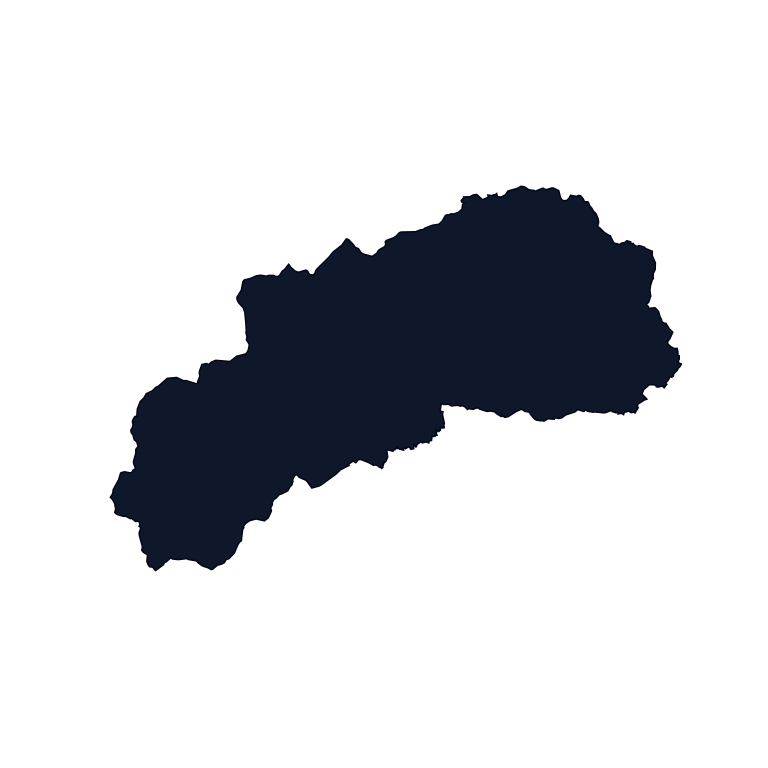 the district of Bistrita Bargaului, Bistrita-Nasaud, Romania, rotated 146°
{"feature_id": "2599482B60435761683359", "entity_name": "Bistrita Bargaului", "entity_type": "district", "adm_level": 2, "iso_a3": "ROU", "parent_name": "Romania", "parent_adm1": "Bistrita-Nasaud", "projection": "albers", "projection_center": [24.898, 47.159], "detail": "fine", "context": "isolated", "style": "filled", "palette": "ink", "viewbox_px": 768, "rotation_deg": 146, "n_neighbors": 0, "source": "geoboundaries", "source_scale": "gbopen_adm2", "svg_char_len": 6155}
<svg xmlns="http://www.w3.org/2000/svg" viewBox="0 0 768 768"><g transform="rotate(146 384 384)"><path d="M459.1,532.5L458.1,525.9L459.3,521.3L464.5,511.7L468.5,505.0L469.5,504.2L471.2,499.8L473.4,497.5L473.5,492.5L474.6,490.9L477.9,487.8L480.6,486.4L482.8,486.6L490.6,489.4L499.1,488.8L510.2,497.7L514.8,498.7L518.2,498.1L520.0,500.4L524.1,502.0L529.4,498.1L530.7,496.9L532.4,493.4L537.1,490.2L537.8,488.5L538.3,488.6L540.0,489.8L546.1,497.5L548.3,498.7L552.3,505.4L560.5,509.9L571.8,508.4L575.2,508.8L579.9,507.9L586.5,508.9L590.9,506.7L595.9,505.8L602.5,501.2L607.0,495.5L608.7,496.4L611.9,494.9L613.6,493.6L614.8,490.6L617.4,488.3L619.5,487.5L620.3,486.2L620.8,484.7L620.6,482.4L622.2,477.4L621.4,474.2L622.7,469.8L626.2,468.7L628.6,465.3L635.1,459.8L636.1,457.9L637.3,452.8L640.0,452.9L642.4,451.9L643.8,452.0L648.3,456.4L651.5,457.5L652.4,457.3L657.6,453.0L667.5,447.9L670.2,444.9L674.2,443.1L673.7,439.7L674.1,435.6L676.4,430.3L679.0,428.2L678.9,426.8L678.0,424.8L674.4,420.4L671.8,418.4L669.7,414.3L668.3,413.6L666.9,409.0L664.2,407.4L664.0,406.8L665.1,403.9L666.7,402.9L666.0,401.4L666.5,400.4L670.3,397.5L671.7,394.8L675.3,384.1L677.8,381.6L677.7,379.4L675.6,374.6L679.9,369.4L680.7,365.4L680.4,363.4L678.1,361.5L678.1,358.7L677.7,357.1L668.0,357.5L665.7,358.8L663.7,358.3L658.3,359.2L657.0,357.0L652.8,353.5L645.1,349.5L644.3,347.9L638.4,342.3L638.1,339.8L636.3,334.7L632.5,329.8L631.2,327.0L630.1,326.2L623.5,326.9L619.3,325.5L616.2,325.2L613.2,326.7L610.2,325.9L602.5,327.6L595.0,332.5L592.1,333.7L589.9,333.8L582.9,342.1L580.6,343.3L579.8,344.7L576.3,345.8L571.4,345.7L565.5,343.6L559.6,337.4L554.8,337.8L548.7,341.4L547.8,342.5L547.6,344.4L544.0,346.4L542.6,348.5L539.7,349.9L537.6,349.7L532.7,350.9L529.8,350.0L523.5,349.3L519.0,351.5L516.9,351.8L513.8,354.3L513.6,355.5L509.6,357.8L507.3,358.1L506.8,356.8L506.5,354.0L502.7,348.1L502.3,346.5L502.0,338.1L494.8,335.7L492.7,335.5L474.3,336.1L467.9,337.2L458.4,336.0L458.4,337.4L452.7,337.3L451.3,334.5L447.4,335.6L445.4,334.3L440.7,327.5L438.2,322.4L436.7,322.0L435.0,319.9L434.4,317.6L433.4,316.7L433.2,315.3L431.6,315.4L430.6,316.8L428.6,318.1L428.4,319.1L427.2,318.6L425.5,318.9L421.8,321.4L418.7,327.6L418.0,327.6L414.1,323.2L412.8,323.9L411.7,323.3L410.6,324.1L408.9,323.0L408.5,324.3L408.0,323.6L407.6,321.4L404.7,318.2L404.3,319.4L402.8,319.5L402.4,318.3L398.7,318.2L398.3,316.9L398.2,314.8L395.6,313.7L393.1,317.2L392.8,314.0L392.0,314.0L390.9,315.3L385.2,315.5L385.3,313.8L382.1,312.7L380.1,311.2L380.4,310.8L379.7,310.1L378.6,311.6L376.2,310.6L373.6,313.6L371.0,312.1L369.8,312.5L368.6,311.9L368.2,315.1L367.4,314.6L366.5,316.6L365.3,314.0L363.0,314.2L361.7,316.2L361.1,316.4L360.3,314.8L358.6,314.1L358.2,314.4L357.5,316.4L356.0,317.5L352.5,326.2L350.6,327.9L351.9,329.6L352.5,329.5L352.6,330.2L347.5,335.7L345.8,333.5L342.0,331.2L340.4,328.1L335.1,325.3L332.8,322.7L331.1,322.3L329.6,319.6L329.1,316.2L327.4,316.1L324.2,313.0L321.1,312.6L318.9,311.1L318.9,309.9L314.0,303.7L310.9,302.0L307.9,299.2L307.3,296.5L305.1,291.6L302.8,290.2L302.6,288.9L299.3,287.5L289.1,287.2L284.1,286.2L282.5,282.6L279.2,279.3L279.5,277.6L278.9,271.2L277.9,268.8L274.2,265.5L273.2,265.2L272.3,263.8L267.5,263.5L262.6,259.6L262.1,260.4L260.5,259.8L258.2,257.6L255.4,256.5L250.9,256.8L241.4,254.1L237.6,254.4L234.1,249.9L233.3,249.4L231.9,250.1L230.0,247.1L226.2,243.5L225.1,243.2L218.2,237.4L216.7,236.5L209.7,234.7L210.3,233.6L207.6,230.2L205.9,230.0L205.7,229.5L206.7,228.2L203.7,227.1L202.5,224.6L200.7,226.1L195.9,224.5L195.7,223.0L194.7,221.7L192.6,221.0L192.1,219.6L186.6,222.1L187.0,223.0L186.2,223.4L185.4,225.3L177.0,225.1L174.5,224.5L175.8,231.4L171.6,234.2L164.4,235.0L160.4,232.2L159.4,230.3L159.8,229.4L158.1,227.9L154.4,226.7L153.9,224.2L149.7,225.6L150.2,226.8L149.8,227.4L146.8,228.0L142.6,230.1L141.6,228.7L139.8,228.7L138.0,230.5L133.2,231.4L132.3,231.9L132.6,232.5L129.5,232.7L126.6,234.0L126.3,234.5L127.9,236.8L126.7,239.1L125.7,239.1L123.4,242.3L124.1,243.5L122.3,246.5L121.0,249.6L123.6,251.2L125.3,254.6L126.3,258.3L125.1,260.9L123.8,260.7L123.4,261.5L121.8,261.6L115.6,265.5L116.6,270.4L116.3,276.6L117.4,277.4L118.6,279.7L118.2,282.6L117.8,282.6L117.6,285.1L115.9,290.5L116.0,292.5L116.7,295.7L122.3,298.7L121.5,300.4L122.1,302.9L121.1,303.6L119.0,303.7L113.7,307.7L111.1,313.1L107.8,316.7L103.1,320.5L101.8,320.7L99.3,324.8L95.2,327.2L91.2,332.8L89.8,340.5L87.3,344.0L91.6,350.3L91.4,351.5L94.8,355.9L96.9,356.5L98.3,357.9L98.5,359.1L99.5,359.4L99.6,359.9L98.9,360.2L98.7,361.1L100.6,362.1L100.7,362.7L99.9,363.9L102.6,367.0L104.7,366.8L105.0,366.2L108.0,368.0L111.0,368.0L112.3,370.1L113.5,370.8L114.6,372.9L113.5,380.5L114.1,380.9L116.6,386.5L117.7,392.1L118.8,395.2L115.6,398.0L114.1,401.1L113.1,406.0L113.2,408.6L113.8,410.0L113.4,413.3L113.8,416.6L113.0,420.3L113.2,421.1L115.6,422.7L115.8,423.4L115.3,426.1L115.7,430.0L117.2,431.6L119.2,431.7L123.8,436.1L126.7,434.6L129.3,434.0L130.5,434.2L132.8,435.7L133.5,437.4L133.5,439.7L131.0,446.6L133.8,451.5L135.0,452.6L141.1,454.5L142.7,457.5L150.9,459.3L151.3,460.5L155.2,464.0L157.3,469.0L159.8,471.3L163.9,471.6L173.3,474.7L177.6,473.0L182.3,473.5L185.3,475.9L184.1,478.9L186.1,478.7L187.0,479.5L189.1,479.8L192.2,482.6L192.7,481.1L194.3,480.8L199.3,481.7L201.1,489.3L204.4,490.9L208.0,491.2L213.4,494.6L214.1,493.7L217.3,493.0L217.8,491.5L216.4,489.4L218.5,488.9L221.7,485.3L226.2,484.8L230.7,485.8L233.5,487.7L235.9,488.0L237.2,489.1L238.8,489.4L245.0,486.4L249.2,485.8L255.2,488.6L263.1,490.4L265.0,490.1L267.5,491.4L272.7,492.6L284.8,500.4L286.7,500.9L291.4,499.8L294.3,499.9L301.8,501.7L303.6,501.1L304.3,499.0L306.5,497.5L313.0,498.0L315.6,497.2L316.4,496.4L322.5,496.4L328.3,503.1L329.1,504.6L329.6,506.0L329.5,510.5L331.4,513.4L331.4,516.3L332.6,523.6L334.1,525.4L341.2,522.7L352.4,521.9L358.8,519.9L375.5,516.8L377.7,515.9L379.4,514.3L381.9,514.1L384.2,515.9L384.5,517.4L384.2,520.4L385.0,522.1L392.5,524.5L394.5,527.2L395.9,532.7L396.1,536.6L402.2,534.6L405.4,534.4L409.9,532.4L411.9,532.4L414.0,534.2L414.8,535.7L418.6,538.4L421.1,539.1L425.3,543.1L429.4,545.1L435.7,546.2L441.6,548.4L443.7,547.8L449.8,541.6L457.4,538.2L458.7,536.0L459.1,532.5Z" fill="#0f172a" stroke="#020617" stroke-width="1.5"/></g></svg>